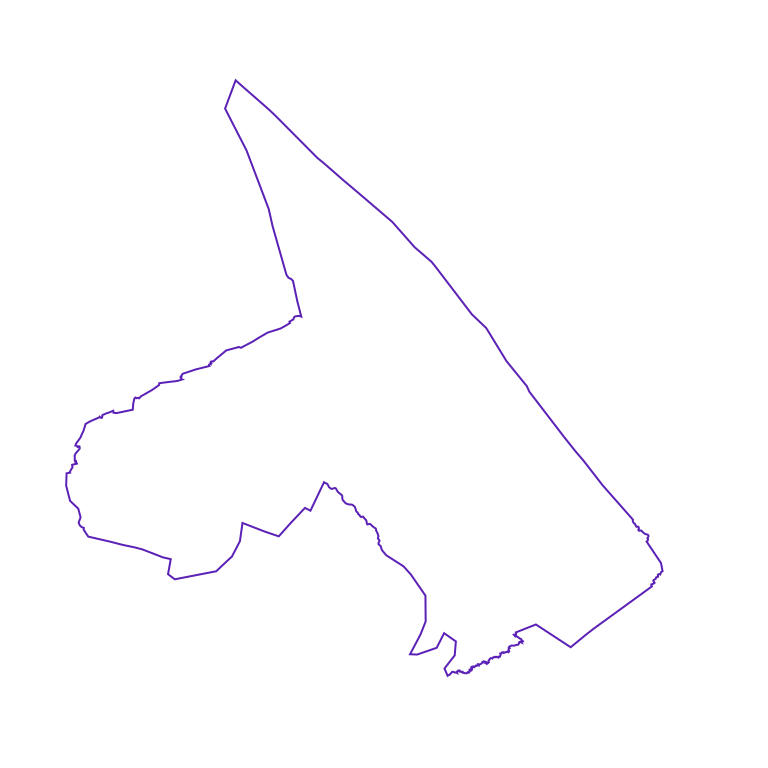 outline of Quirino, Quirino, Philippines, rotated 278°
{"feature_id": "2640588B94420346402626", "entity_name": "Quirino", "entity_type": "district", "adm_level": 2, "iso_a3": "PHL", "parent_name": "Philippines", "parent_adm1": "Quirino", "projection": "natural_earth1", "projection_center": [121.392, 16.285], "detail": "fine", "context": "isolated", "style": "outline", "palette": "violet", "viewbox_px": 768, "rotation_deg": 278, "n_neighbors": 0, "source": "geoboundaries", "source_scale": "gbopen_adm2", "svg_char_len": 6066}
<svg xmlns="http://www.w3.org/2000/svg" viewBox="0 0 768 768"><g transform="rotate(278 384 384)"><path d="M664.1,194.8L634.6,188.3L596.1,215.4L541.2,245.5L524.8,251.7L479.0,272.0L477.6,273.0L476.8,273.9L476.0,274.5L474.9,277.7L473.5,279.5L454.0,286.6L439.2,292.7L439.4,291.9L439.6,290.4L438.8,287.2L438.1,286.0L436.9,285.4L435.9,285.4L435.4,285.3L432.6,281.7L431.3,282.4L428.7,279.3L424.6,273.9L418.7,261.6L412.1,253.2L408.2,248.7L399.9,237.2L400.5,235.3L395.3,223.1L386.4,215.0L382.7,211.9L382.5,210.4L382.0,209.5L380.9,210.1L380.7,209.7L380.8,209.5L380.7,209.4L380.4,209.7L380.2,209.3L379.9,209.3L379.9,209.7L379.5,209.7L379.7,209.1L379.2,208.7L378.9,208.1L378.0,208.1L377.5,208.5L372.2,195.5L366.1,183.2L362.5,181.5L362.1,181.9L362.2,182.2L361.8,182.1L361.6,182.4L361.0,182.4L360.6,182.7L360.4,183.5L358.6,179.7L357.6,176.7L356.7,172.9L353.5,161.3L351.7,161.4L345.9,155.3L338.1,145.2L335.7,143.4L336.1,142.7L335.9,141.7L335.5,141.0L335.7,140.7L335.7,140.0L335.9,139.7L335.4,139.4L334.8,138.8L329.5,138.4L323.6,138.8L318.0,123.3L317.9,120.1L319.8,119.6L317.5,115.7L316.4,113.3L314.0,109.5L311.5,109.5L311.1,108.9L311.1,108.6L311.4,108.5L311.6,107.2L311.9,106.9L311.3,106.6L306.0,98.0L302.8,94.0L295.6,92.9L292.7,91.9L288.8,90.9L282.0,87.3L280.1,87.0L280.2,87.7L280.0,88.3L279.6,88.8L279.3,88.9L278.9,89.5L279.0,89.7L279.7,90.1L279.9,90.6L279.8,91.1L278.3,91.6L277.5,91.6L272.3,88.3L269.8,87.6L267.8,88.1L265.1,88.4L264.9,88.6L265.0,89.6L264.2,89.8L264.1,89.4L263.9,89.4L263.8,89.7L263.2,89.5L262.9,89.9L262.8,90.8L262.4,91.0L260.6,86.4L258.2,87.1L253.3,85.1L252.5,85.5L251.4,82.1L239.1,83.4L224.6,89.4L218.0,98.6L209.7,102.1L204.3,100.9L201.7,102.4L200.3,104.4L199.7,106.8L197.8,106.9L191.7,112.4L189.8,134.4L188.3,147.8L187.5,159.8L186.6,167.6L181.5,189.5L180.9,197.2L165.6,196.6L161.5,204.0L175.2,243.9L186.1,252.6L191.9,257.4L208.3,263.2L226.7,263.2L221.1,287.2L218.5,301.0L233.7,311.2L250.3,323.0L248.3,328.8L278.4,338.3L277.6,339.8L277.5,341.1L277.1,341.8L276.1,342.6L274.2,343.9L272.9,346.1L272.9,347.1L274.1,349.5L274.1,350.5L273.7,351.0L272.2,352.1L270.6,353.5L269.3,355.6L268.1,357.7L267.3,358.2L264.4,358.8L263.6,359.2L262.9,359.8L260.7,362.5L260.3,363.2L259.9,365.4L259.9,366.8L260.1,368.8L259.9,369.7L258.5,371.9L258.2,372.2L256.5,373.2L254.6,373.9L253.6,374.8L252.9,375.9L251.5,376.7L251.0,377.8L250.2,378.3L249.2,379.6L249.1,379.9L249.2,380.3L249.6,380.9L249.7,381.8L247.6,384.0L246.9,385.0L246.3,385.5L245.0,386.0L243.2,386.5L242.7,387.0L242.6,387.3L243.5,389.1L243.5,389.6L242.7,390.9L241.6,392.3L240.6,394.1L239.7,396.0L238.9,396.4L238.0,396.5L234.7,398.7L233.2,399.4L232.2,399.7L231.2,399.4L230.3,399.5L229.9,399.7L228.8,401.0L228.4,401.3L227.6,401.3L226.4,400.8L224.8,400.8L224.0,401.7L223.2,403.1L219.2,405.1L214.8,409.9L206.1,428.8L199.1,437.1L180.2,454.5L154.7,458.3L141.0,455.0L120.0,447.4L120.7,454.5L130.1,472.9L145.6,478.2L139.1,491.0L125.1,491.8L110.7,483.5L103.9,487.6L104.1,487.8L104.4,487.8L105.2,489.5L105.8,489.7L107.4,491.0L108.4,491.5L108.5,492.0L108.4,492.6L108.6,493.1L108.1,494.5L108.3,495.5L108.0,496.5L108.8,496.0L109.4,496.2L110.2,497.6L109.9,498.0L110.0,498.3L110.7,498.0L110.8,498.8L109.7,499.3L109.8,500.1L109.5,501.1L109.9,501.1L110.0,501.7L109.1,502.0L109.2,502.4L109.4,502.5L109.2,503.2L108.9,503.5L108.9,504.0L109.0,504.3L108.8,504.9L109.0,505.9L109.4,506.5L109.7,506.6L109.8,507.8L110.0,508.1L110.4,507.8L110.5,508.4L110.9,508.8L111.4,508.9L111.8,508.6L112.7,508.5L112.6,508.8L112.3,509.0L112.1,509.5L112.5,510.5L113.5,510.8L113.5,509.8L113.7,509.6L114.5,510.7L115.2,510.6L115.7,509.9L116.2,510.4L116.3,510.9L116.7,511.6L116.2,512.1L116.1,512.9L116.8,513.1L117.3,513.5L117.5,514.1L117.9,514.2L117.9,515.0L118.3,515.1L118.5,515.4L118.4,517.2L118.6,517.2L119.6,516.5L119.6,517.3L119.8,518.2L120.8,519.5L121.8,520.2L122.3,520.2L122.2,521.0L122.8,520.8L123.0,521.2L123.3,521.4L123.1,522.0L123.1,523.0L122.9,523.8L122.3,523.9L121.7,523.5L121.1,524.7L122.0,525.8L122.3,526.0L122.7,525.8L123.0,526.4L123.4,526.1L124.3,526.3L124.9,526.1L125.4,526.7L125.9,526.7L127.4,527.8L127.5,528.9L127.2,529.5L128.7,530.4L128.8,531.2L129.1,531.4L129.0,531.8L129.2,532.0L129.0,532.6L129.4,533.0L129.3,533.4L129.5,533.7L129.2,534.1L129.3,534.5L129.1,535.3L129.6,535.3L130.0,536.5L130.3,536.4L130.4,536.8L132.1,537.2L132.7,537.1L133.2,536.7L133.4,537.4L133.8,537.5L134.7,538.3L134.8,538.8L134.2,539.5L134.4,539.9L134.8,540.0L134.6,540.5L135.0,540.9L135.1,541.4L135.4,541.7L135.4,542.2L135.7,542.5L135.9,543.1L136.0,543.3L135.9,544.0L135.6,544.4L135.7,544.5L136.0,544.5L136.7,545.2L137.7,544.6L137.7,544.3L139.0,544.6L139.9,544.1L140.4,544.3L140.4,544.9L140.8,544.6L141.7,544.9L142.7,546.7L143.0,549.1L143.3,550.0L143.8,550.8L144.2,551.7L144.3,552.4L144.6,553.2L145.8,553.8L146.7,553.7L147.4,554.0L147.5,554.6L147.1,556.1L147.8,555.5L148.4,555.6L148.6,555.9L148.4,557.1L148.5,557.4L148.8,557.2L149.1,556.3L150.1,555.6L150.6,555.1L150.9,553.7L151.4,553.0L151.8,552.0L152.2,551.6L152.5,550.8L152.6,550.0L152.2,549.3L153.8,547.5L154.0,548.0L154.1,549.5L154.7,549.6L155.0,549.4L155.7,549.5L156.4,549.2L167.0,567.9L149.3,605.5L164.2,619.2L171.0,625.8L220.8,677.4L221.5,676.9L222.1,676.9L222.4,676.6L222.8,676.6L223.3,677.9L223.7,678.5L224.2,678.8L224.4,679.5L224.8,679.6L225.2,679.4L225.8,678.6L226.3,678.2L227.0,678.1L227.5,678.4L228.8,680.1L230.5,680.5L230.8,681.2L230.9,681.8L231.3,682.2L232.7,682.0L233.1,681.7L233.5,681.9L233.9,682.6L234.1,683.6L233.9,684.0L236.4,684.7L237.4,685.9L245.3,683.2L264.5,666.0L265.2,666.7L266.3,667.1L267.3,666.9L267.6,666.4L268.1,666.3L268.7,666.7L269.8,667.1L270.8,666.9L271.4,666.4L271.9,663.3L273.5,660.6L274.7,659.2L274.7,658.6L274.3,657.7L274.2,656.9L274.8,656.2L275.4,656.2L276.0,656.6L277.2,656.3L278.0,655.7L277.8,653.8L279.2,652.7L280.5,652.0L280.8,651.0L281.5,650.3L283.0,649.4L284.3,649.4L314.2,614.5L335.7,592.4L343.8,583.2L356.1,570.2L396.6,529.0L401.8,525.7L423.7,502.1L453.6,477.5L465.3,461.2L506.9,419.1L511.6,414.1L523.7,395.3L545.7,369.6L570.5,330.7L579.9,315.7L594.1,294.0L598.5,286.7L634.8,238.8L639.8,231.8L659.4,201.8L664.1,194.8Z" fill="none" stroke="#5b21b6" stroke-width="2"/></g></svg>